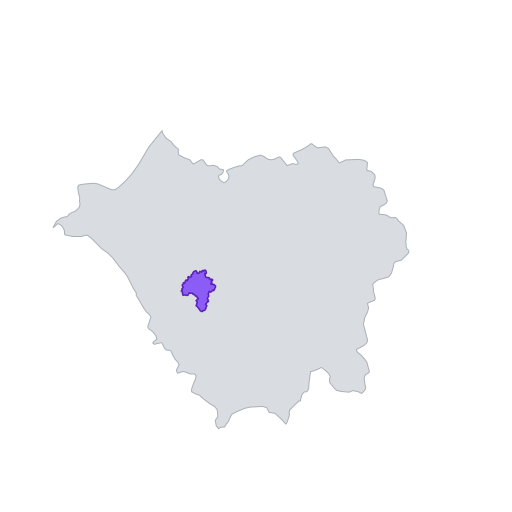 Salihorsk, Minsk, Belarus (highlighted), rotated 47°
{"feature_id": "67162791B12460087089540", "entity_name": "Salihorsk", "entity_type": "district", "adm_level": 2, "iso_a3": "BLR", "parent_name": "Belarus", "parent_adm1": "Minsk", "projection": "albers", "projection_center": [27.47, 52.67], "detail": "fine", "context": "in_parent", "style": "filled", "palette": "violet", "viewbox_px": 512, "rotation_deg": 47, "n_neighbors": 0, "source": "geoboundaries", "source_scale": "gbopen_adm2", "svg_char_len": 8838}
<svg xmlns="http://www.w3.org/2000/svg" viewBox="0 0 512 512"><g transform="rotate(47 256 256)"><path d="M399.3,348.8L392.3,348.8L383.9,349.4L379.4,353.0L374.2,351.6L370.6,353.7L362.7,363.1L359.7,368.1L356.9,375.8L355.3,381.4L356.5,385.2L358.2,388.8L358.7,392.7L359.6,395.7L357.6,398.0L356.5,401.2L352.9,400.8L348.5,397.9L347.4,393.5L343.9,390.6L341.6,389.1L338.0,388.9L332.3,390.6L324.7,391.9L319.0,392.4L315.9,394.1L311.4,395.7L309.5,394.0L306.8,389.0L304.6,384.0L303.1,381.9L301.9,381.3L300.3,381.4L298.6,383.1L297.3,384.7L292.6,386.7L290.5,388.5L288.3,393.2L286.7,392.9L285.1,391.9L283.2,386.7L280.7,385.6L276.7,385.6L271.7,384.5L267.7,383.0L266.2,383.4L263.8,385.6L261.2,385.9L255.5,384.0L254.4,384.9L251.2,390.6L249.6,390.9L248.8,390.2L249.2,385.3L245.9,383.5L240.4,383.2L236.5,384.0L234.6,383.8L233.6,382.8L228.9,374.5L226.3,373.9L221.8,374.3L215.2,373.2L207.5,371.3L203.3,370.5L201.1,368.6L196.4,367.9L183.8,364.2L178.7,363.4L171.1,363.2L159.5,362.1L152.1,362.3L148.6,363.3L144.6,363.9L130.8,364.3L125.9,365.1L124.4,366.8L122.6,370.5L116.6,376.8L110.8,381.0L109.8,381.3L106.7,378.8L104.0,377.9L100.9,377.5L98.6,378.1L97.1,379.1L97.1,384.2L96.7,384.7L94.6,378.5L95.1,373.0L96.6,370.0L98.4,367.2L98.0,363.0L99.9,357.5L100.1,353.4L99.5,351.7L98.3,349.6L94.9,347.1L93.4,345.3L88.7,342.7L84.1,339.5L83.4,337.7L83.7,336.5L84.7,334.7L88.6,329.5L92.8,324.4L95.5,322.5L109.1,316.4L111.3,314.1L112.0,310.2L112.2,302.1L111.7,294.7L111.0,289.6L109.0,279.9L103.2,259.9L100.3,239.3L102.8,240.6L109.0,241.4L113.9,240.2L116.5,240.2L118.7,240.7L125.2,239.9L126.7,241.8L129.5,243.5L135.3,241.4L140.5,238.8L145.6,239.3L146.4,237.9L148.0,230.7L149.6,229.2L155.8,230.1L158.1,228.9L160.6,225.4L164.3,223.3L167.4,223.4L170.6,221.0L172.2,222.7L172.8,225.7L171.7,228.1L172.1,229.0L174.3,230.3L178.1,230.3L180.5,229.4L181.1,228.0L181.2,225.6L180.6,223.2L179.1,221.2L176.1,220.1L174.0,220.0L173.7,218.7L174.5,216.0L176.5,211.1L178.8,206.6L180.3,204.9L180.5,203.4L180.3,200.6L180.4,195.7L182.6,188.9L185.4,183.8L189.1,182.2L193.5,181.3L196.4,178.9L197.9,176.1L199.2,171.7L200.6,170.8L211.2,171.6L212.9,167.1L213.8,165.9L215.8,164.6L217.3,163.0L216.8,161.8L214.1,161.0L207.7,160.2L206.4,158.8L206.9,157.0L208.6,152.5L210.3,146.6L211.2,142.0L211.3,139.3L212.2,138.6L217.4,137.8L219.1,136.9L223.6,130.7L226.9,129.7L235.6,131.3L239.6,131.2L244.7,131.6L245.1,131.0L246.9,124.9L255.4,115.0L259.9,111.5L262.8,110.8L263.8,110.9L268.4,116.1L269.5,116.3L272.5,114.0L277.8,113.8L280.2,115.6L283.8,121.9L285.7,122.6L290.7,118.9L293.5,117.7L295.4,117.7L305.2,122.4L306.0,124.0L306.1,125.8L304.7,131.7L306.8,135.2L309.2,137.5L314.1,133.4L315.9,132.2L317.9,132.1L320.6,130.6L322.5,128.3L324.3,127.4L327.9,127.8L334.3,127.1L342.0,130.3L342.7,131.3L346.6,135.3L348.0,137.2L349.3,137.8L351.4,139.7L354.1,140.9L356.0,140.4L356.9,141.0L357.8,142.6L358.0,145.2L358.1,152.9L355.6,157.1L355.3,158.5L355.5,160.2L357.8,163.4L360.8,168.4L361.6,171.3L361.7,173.6L358.2,180.3L357.0,181.9L356.3,185.2L356.0,188.5L356.3,189.9L363.0,194.8L367.9,197.4L369.0,198.7L369.2,199.6L366.9,205.4L366.8,206.9L370.7,209.0L373.0,212.6L375.2,218.5L379.2,224.0L393.3,231.6L394.6,233.1L395.1,234.8L394.9,238.8L392.8,246.4L395.3,247.4L401.3,246.7L408.8,247.2L418.0,251.9L418.2,254.2L417.4,256.4L418.2,258.7L419.3,260.5L427.4,265.9L428.2,267.6L428.6,270.4L428.5,272.6L426.4,273.2L424.1,274.3L420.4,277.1L419.1,280.8L413.1,286.1L409.4,288.6L406.3,288.9L398.8,288.4L396.1,286.1L394.8,283.9L391.9,283.1L388.2,283.2L383.0,283.9L381.9,284.6L381.2,287.4L379.3,292.2L377.8,295.0L385.0,303.9L388.5,307.5L389.7,309.8L389.8,311.5L388.3,313.5L388.8,317.4L392.3,322.5L391.3,323.3L391.3,329.7L391.7,336.6L392.7,338.2L394.5,339.4L396.2,341.8L399.0,347.3L399.3,348.8Z" fill="#d9dde1" stroke="#a8b0b8" stroke-width="1"/><path d="M260.4,328.6L260.2,328.5L259.9,328.3L259.7,328.1L259.6,327.9L259.5,327.6L259.3,327.3L259.3,327.0L259.3,326.7L259.2,326.5L259.1,326.3L258.9,326.0L258.6,325.8L258.2,325.7L257.9,325.8L257.6,325.9L257.3,326.0L257.0,325.9L256.8,325.6L256.8,325.3L256.8,324.9L256.8,324.5L256.8,324.1L256.6,323.7L256.5,323.3L256.4,323.0L256.4,322.8L256.6,322.6L256.8,322.3L256.8,322.1L256.7,322.0L256.7,321.8L256.7,321.5L256.3,321.4L256.1,321.5L255.8,321.6L255.7,321.4L255.6,321.2L255.4,321.0L255.2,320.8L255.0,320.7L254.8,320.7L254.5,320.8L254.3,320.8L254.1,320.8L253.9,320.7L253.7,320.4L253.6,320.1L253.5,319.7L253.4,319.3L253.4,319.0L253.3,318.4L253.1,318.0L252.9,317.8L252.7,317.6L252.4,317.3L252.2,317.2L251.8,317.1L251.6,317.1L251.3,317.1L251.1,316.9L251.0,316.6L251.0,316.2L250.9,316.0L250.7,315.6L250.5,315.4L250.3,315.1L250.2,314.9L250.0,314.7L250.0,314.3L250.1,314.2L250.6,314.2L250.9,314.1L251.4,313.9L251.5,313.7L251.6,313.4L251.6,313.0L251.6,312.6L251.7,312.1L251.6,311.9L251.5,311.5L251.5,311.3L251.5,311.1L251.8,310.9L252.1,310.8L252.3,310.7L252.5,310.6L252.5,310.4L252.3,310.2L252.1,309.9L251.9,309.6L251.9,309.3L252.1,309.1L252.1,308.8L251.8,308.6L251.6,308.2L251.3,307.5L251.2,307.1L251.0,306.7L250.7,306.3L250.5,306.1L250.4,306.1L249.9,305.9L249.6,306.0L249.1,306.2L249.0,306.3L248.8,306.3L248.6,306.2L248.4,306.1L248.2,306.2L247.9,306.3L247.7,306.6L247.4,306.9L246.9,307.2L246.6,307.6L246.3,307.9L246.1,308.0L245.8,308.2L245.6,308.1L245.4,307.9L245.3,307.7L245.4,307.4L245.5,307.2L245.8,307.1L245.9,306.9L245.9,306.7L245.7,306.6L245.4,306.6L245.2,306.5L244.9,306.5L244.6,306.3L244.3,306.1L244.2,306.0L244.0,305.7L244.0,305.4L244.1,305.2L244.3,305.0L244.4,304.8L244.3,304.6L244.1,304.4L244.0,304.1L243.7,303.9L243.3,304.1L243.1,304.1L242.9,304.2L242.7,304.2L242.5,304.4L242.5,304.7L242.5,305.0L242.3,305.4L242.1,305.5L241.8,305.5L241.4,305.5L241.0,305.7L240.9,305.6L240.9,305.4L240.7,305.1L240.2,305.0L239.7,305.2L239.4,305.4L239.2,305.6L238.8,306.0L238.3,306.4L238.2,306.6L237.9,306.9L237.7,307.0L237.3,307.0L237.1,307.0L236.8,306.9L236.7,306.8L236.4,306.8L236.2,306.7L235.9,306.7L235.7,306.7L235.4,306.5L235.3,306.2L235.2,306.0L235.0,305.7L234.7,305.6L234.4,305.7L234.2,305.7L233.9,305.5L233.9,305.3L234.1,305.0L234.4,304.8L234.6,304.6L234.7,304.4L234.7,304.1L234.5,303.8L234.2,303.6L233.9,303.4L233.6,303.2L233.2,303.1L232.9,303.0L232.7,302.8L232.4,302.6L232.0,302.7L231.8,302.9L231.6,303.0L231.4,303.1L231.1,303.4L231.2,303.5L231.3,303.8L231.4,304.1L231.4,304.4L231.2,304.6L230.9,304.8L230.6,304.8L230.2,304.9L230.1,305.2L230.1,305.5L230.3,305.9L230.5,306.2L230.6,306.5L230.5,306.8L230.1,306.9L229.8,307.0L229.4,307.2L229.2,307.4L228.9,307.7L229.0,308.0L229.2,308.3L229.5,308.5L229.7,309.1L229.6,309.4L229.4,309.7L229.2,309.9L229.0,310.2L228.8,310.6L228.5,310.8L228.3,310.8L228.1,310.7L227.8,310.4L227.7,310.2L227.4,310.1L227.2,310.1L226.9,310.1L226.7,310.0L226.5,309.9L226.2,309.9L225.7,310.1L225.5,310.3L225.4,310.6L225.3,311.1L225.2,311.5L225.1,311.9L225.0,312.4L225.0,312.8L225.4,313.1L225.3,313.5L225.4,313.9L225.5,314.0L225.8,314.3L225.9,314.7L225.9,315.2L225.7,315.5L225.7,316.0L225.7,316.4L226.0,316.8L226.4,316.9L226.8,317.0L226.9,317.5L226.9,318.0L226.6,318.6L226.3,318.9L225.6,319.1L225.3,319.2L225.1,319.4L225.0,320.1L225.1,320.4L225.2,320.5L225.5,320.5L225.8,320.5L226.0,320.5L226.3,320.6L226.5,321.1L226.4,321.4L226.5,321.7L226.7,322.1L226.9,322.5L227.1,322.8L227.1,323.0L226.9,323.2L226.5,323.3L226.1,323.3L225.9,323.4L225.8,323.7L226.0,324.1L226.2,324.4L226.2,324.7L226.1,325.0L226.3,325.3L226.6,325.6L226.8,325.8L226.9,326.1L226.9,326.5L227.1,326.8L226.8,327.0L226.4,327.2L226.1,327.3L226.1,327.5L226.4,327.9L226.6,328.1L226.8,328.4L226.9,328.9L226.9,329.5L226.9,329.8L227.1,330.0L227.6,330.2L227.8,330.3L228.2,330.3L228.5,330.3L229.0,330.3L229.3,330.7L229.3,331.1L229.3,331.4L229.4,331.8L229.4,332.0L229.4,332.4L229.6,332.6L230.1,332.6L230.4,332.6L230.5,332.9L230.4,333.5L230.6,334.0L230.6,334.5L231.1,334.6L232.0,334.4L232.4,334.4L232.7,334.5L232.9,334.9L233.2,335.2L233.3,335.4L233.5,335.6L234.1,335.9L234.6,336.1L235.3,335.9L235.5,335.3L235.8,334.9L236.0,334.5L236.4,334.2L236.9,334.0L237.5,333.6L238.0,333.2L238.2,332.7L238.2,332.2L237.9,331.5L237.7,330.9L237.5,330.5L237.5,329.9L237.7,329.7L238.2,329.7L238.6,329.4L238.8,329.0L239.0,328.6L239.3,328.3L239.6,328.0L240.0,327.8L240.5,327.9L241.2,328.2L241.4,328.0L241.8,327.6L242.1,327.3L242.4,327.3L243.1,327.5L243.4,327.6L243.7,327.6L244.3,327.4L244.6,327.1L244.7,326.8L245.0,326.7L245.3,326.8L245.6,327.1L246.0,327.3L246.4,327.3L246.5,327.2L246.9,327.0L247.5,327.1L248.0,327.5L248.2,327.9L247.7,328.3L247.6,328.7L247.8,329.0L247.9,329.6L247.8,330.2L248.1,330.4L248.7,330.4L249.1,330.3L249.8,330.5L250.1,330.8L250.2,331.5L250.4,331.9L250.7,332.1L251.1,332.5L251.1,332.8L251.1,333.2L251.2,333.4L251.8,333.7L252.8,333.5L254.0,333.6L255.0,333.6L255.5,333.7L256.3,333.8L257.2,334.0L258.1,334.1L259.0,333.8L259.5,333.6L259.8,333.4L260.1,332.8L259.9,332.3L260.0,331.9L260.3,331.2L260.6,330.9L260.7,330.5L260.7,329.9L260.5,329.5L260.3,329.3L260.3,329.0L260.4,328.6Z" fill="#8b5cf6" stroke="#5b21b6" stroke-width="1.5"/></g></svg>